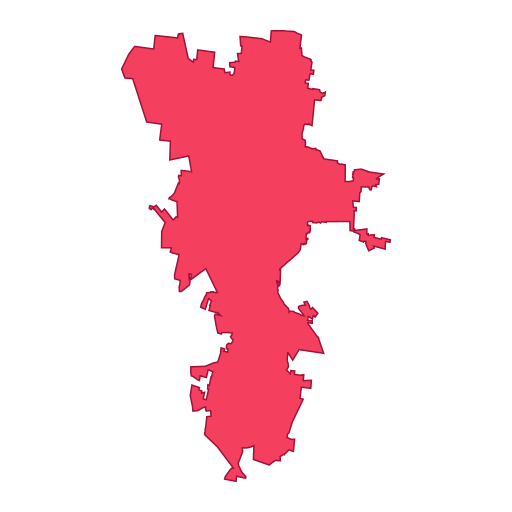 the district of Mérida, Yucatán, Mexico
{"feature_id": "50627088B46902848147083", "entity_name": "Mérida", "entity_type": "district", "adm_level": 2, "iso_a3": "MEX", "parent_name": "Mexico", "parent_adm1": "Yucatán", "projection": "natural_earth1", "projection_center": [-89.615, 20.944], "detail": "fine", "context": "isolated", "style": "filled", "palette": "rose", "viewbox_px": 512, "rotation_deg": 0, "n_neighbors": 0, "source": "geoboundaries", "source_scale": "gbopen_adm2", "svg_char_len": 6054}
<svg xmlns="http://www.w3.org/2000/svg" viewBox="0 0 512 512"><path d="M301.5,35.0L297.3,33.3L295.3,32.0L293.3,31.4L286.1,31.1L284.4,30.7L271.3,30.8L270.4,42.1L261.7,38.7L246.3,36.9L240.0,36.5L240.7,45.9L242.0,45.9L241.3,53.4L237.5,53.6L238.7,61.5L235.4,61.1L235.3,62.2L229.7,62.7L229.8,66.7L234.8,67.6L234.2,73.3L232.2,75.4L230.0,74.9L229.9,72.1L224.9,72.7L224.2,69.0L213.1,67.6L214.7,52.2L197.7,49.9L196.7,59.7L193.7,59.3L193.4,62.2L188.3,58.6L182.7,33.3L178.9,33.8L179.0,34.6L178.2,34.5L177.7,37.9L155.2,35.5L153.7,49.0L134.7,46.4L128.9,54.0L121.6,69.0L124.9,78.0L132.7,78.6L146.7,122.0L161.7,124.2L159.7,140.0L170.4,141.2L169.8,160.0L188.7,155.9L191.6,171.7L181.2,170.4L181.3,175.8L178.7,175.4L178.4,177.0L179.2,178.9L179.5,180.7L179.3,183.5L178.4,183.0L174.4,193.1L171.3,196.6L169.6,197.3L168.9,198.8L170.0,198.9L172.1,200.1L177.0,201.6L177.6,217.3L176.1,216.8L173.2,220.0L164.5,209.0L161.6,212.0L156.3,205.3L153.3,207.2L153.2,206.6L149.9,205.7L149.2,208.2L151.0,209.7L152.1,208.2L153.1,208.7L153.3,208.5L154.1,209.4L154.3,209.2L165.1,222.5L161.7,231.6L161.5,247.8L171.3,247.8L171.3,248.5L170.2,251.9L172.5,253.0L178.9,254.5L178.8,256.1L174.5,275.0L174.7,278.8L180.2,280.4L179.9,284.1L179.1,287.0L179.4,291.5L181.3,291.5L189.5,285.0L190.1,280.2L190.4,279.5L189.1,279.6L189.4,277.1L189.0,277.0L189.3,275.2L188.8,275.1L189.0,273.7L191.4,274.3L190.5,278.8L190.8,279.3L191.2,279.4L205.8,268.6L217.4,292.5L215.7,292.9L215.1,292.2L213.5,292.2L213.3,291.8L210.7,291.9L210.7,292.4L206.6,292.8L206.1,295.5L205.6,295.4L204.4,297.6L203.8,299.4L201.6,303.4L200.6,307.2L205.3,309.3L208.5,298.6L211.5,300.8L209.7,305.5L210.3,305.7L208.9,310.5L215.9,312.4L218.2,313.4L218.2,313.1L220.6,315.6L215.2,314.1L214.5,316.2L216.0,325.0L217.8,333.1L221.5,334.0L221.9,332.6L228.9,332.6L232.3,333.1L231.7,335.4L231.4,335.4L230.5,336.7L231.9,338.9L232.9,339.5L233.2,340.2L231.3,343.7L228.3,343.3L227.7,344.2L227.1,344.3L226.7,345.0L226.4,346.2L226.4,347.9L226.7,348.8L228.1,349.2L227.6,352.2L225.2,351.5L223.8,351.4L224.7,349.1L224.3,348.7L221.1,347.9L220.7,351.2L220.8,352.4L217.8,362.1L213.5,362.9L205.2,366.3L190.8,366.8L190.8,372.8L191.3,375.9L192.9,376.4L197.6,379.7L199.4,380.5L200.2,375.8L206.4,377.5L208.2,369.7L212.9,371.7L211.4,377.1L211.0,377.0L209.3,385.4L207.9,384.8L207.6,389.0L208.6,389.3L206.3,399.7L203.2,398.9L204.6,392.3L201.4,393.1L201.9,391.1L198.8,389.8L199.4,387.6L191.9,385.0L190.3,395.2L190.3,396.0L192.4,405.9L192.9,411.1L198.0,410.6L202.7,407.8L205.5,406.9L205.7,409.5L206.2,411.1L210.6,410.5L211.1,416.2L206.8,416.7L205.7,427.1L205.1,429.5L205.1,432.6L204.8,432.7L204.6,434.6L217.4,446.9L233.4,468.1L231.5,468.3L229.7,470.3L225.3,476.6L224.6,479.1L224.9,479.2L236.1,481.3L236.5,476.3L245.6,478.2L245.8,476.6L242.2,472.5L240.8,470.2L240.1,468.4L238.8,466.0L238.2,462.7L238.8,461.8L242.7,451.5L242.2,447.9L246.9,447.9L250.8,447.0L253.9,445.7L253.4,459.5L269.2,465.0L275.0,460.5L280.4,460.7L280.1,456.5L283.7,454.5L284.5,454.7L284.6,454.0L286.0,452.9L288.8,449.9L293.4,451.4L294.6,439.2L291.5,439.4L287.0,437.5L287.7,433.8L288.9,433.0L292.2,422.3L303.2,399.2L300.1,398.4L301.3,387.2L310.8,388.3L311.4,380.3L303.2,380.6L303.8,374.8L302.2,374.7L302.1,375.4L294.3,374.4L294.8,371.0L291.0,370.5L290.4,373.8L286.5,370.1L288.5,366.7L288.0,363.0L287.4,361.2L287.3,358.1L287.8,353.6L287.6,352.1L292.7,360.1L299.1,349.6L323.7,353.3L319.4,341.0L318.4,337.4L316.8,336.1L307.8,323.4L307.7,322.6L312.3,323.3L312.2,320.9L307.6,320.3L308.2,316.4L308.6,316.4L312.4,319.2L312.9,316.6L313.5,315.5L315.1,317.1L317.9,313.2L312.5,307.5L311.3,308.9L310.2,309.0L309.3,305.6L307.0,301.4L303.9,302.1L305.4,305.1L301.4,305.4L298.7,306.4L298.5,308.4L304.1,315.7L301.9,315.5L299.4,314.0L294.7,312.4L293.6,311.4L289.6,311.2L289.0,312.1L288.7,309.3L288.3,308.4L283.9,303.8L283.5,302.4L280.8,298.8L277.7,292.4L278.1,290.2L277.6,290.1L277.7,284.8L278.8,286.1L279.5,285.5L279.2,284.9L280.0,284.2L280.1,282.4L276.9,283.0L276.6,282.5L276.6,280.7L280.1,282.2L280.6,269.1L279.8,269.8L279.7,269.0L298.3,252.7L299.8,250.6L300.3,249.2L301.2,243.7L303.2,244.6L303.3,243.8L304.8,244.4L305.0,243.3L306.2,243.6L306.7,240.9L306.4,240.9L306.3,239.7L307.8,239.4L307.8,238.3L305.9,238.7L306.3,234.8L306.1,234.1L307.0,233.9L307.0,233.2L309.1,232.8L309.1,231.9L310.0,231.9L310.1,230.3L310.3,230.3L310.3,225.6L309.3,225.3L309.1,225.7L308.0,225.7L308.0,225.0L307.4,225.1L307.6,222.1L308.9,221.4L312.0,221.4L312.7,221.5L312.7,222.6L316.5,222.9L317.5,222.7L317.6,222.3L319.6,222.4L320.3,223.1L321.8,221.7L326.3,222.4L326.4,221.6L349.9,221.5L350.0,230.6L353.1,231.1L354.0,232.0L357.2,233.1L360.1,234.8L359.2,240.4L363.4,242.0L363.5,241.3L365.9,241.4L365.7,243.4L368.7,250.8L374.3,248.1L373.5,246.1L385.2,249.1L385.3,243.7L385.8,241.4L389.9,242.3L390.4,239.8L381.5,237.7L381.1,239.2L373.9,237.3L374.4,234.7L368.2,235.3L368.3,233.6L366.8,233.8L366.9,228.9L354.6,230.5L354.7,228.9L353.5,229.0L354.2,215.2L354.0,211.0L356.3,210.9L356.3,207.4L353.4,207.4L352.7,200.9L359.2,201.6L359.8,192.8L361.1,191.4L361.2,186.9L368.9,187.0L369.1,188.4L370.0,189.9L371.2,189.8L371.9,186.5L373.8,185.9L374.3,186.3L375.2,186.1L376.4,186.7L375.8,184.6L378.7,184.3L379.4,178.9L376.5,179.1L376.5,178.6L380.7,175.7L383.6,174.0L368.0,171.8L368.1,171.5L361.3,169.1L354.5,169.8L354.2,171.8L353.2,171.8L352.7,174.4L353.1,174.5L352.6,177.7L353.6,178.0L353.1,180.9L348.5,181.6L345.1,181.4L345.3,164.8L341.6,164.1L339.8,164.3L337.4,162.9L337.5,160.9L323.8,158.9L320.0,150.9L317.4,149.9L316.0,149.9L316.0,148.6L315.3,148.3L313.3,148.8L312.2,148.8L308.6,147.2L306.0,146.6L305.2,146.7L305.5,143.7L305.2,140.3L302.2,138.8L302.0,136.1L302.0,133.8L303.5,128.4L303.7,125.9L304.6,124.1L308.7,124.6L308.7,123.9L312.0,125.7L314.6,99.8L321.0,100.6L321.7,97.2L324.8,95.7L325.3,92.1L324.5,92.7L323.5,92.7L322.5,93.5L320.0,91.7L319.6,89.7L312.9,88.6L312.8,89.4L307.8,88.3L308.3,83.4L305.3,83.2L305.3,81.8L305.7,79.8L308.9,80.2L310.1,73.8L313.4,74.3L313.9,70.3L310.8,70.1L312.0,62.1L310.9,61.2L311.2,59.8L309.5,58.7L308.7,58.6L305.9,57.4L304.6,57.1L302.0,55.5L301.4,48.0L299.9,48.3L301.5,35.0Z" fill="#f43f5e" stroke="#9f1239" stroke-width="1.5"/></svg>